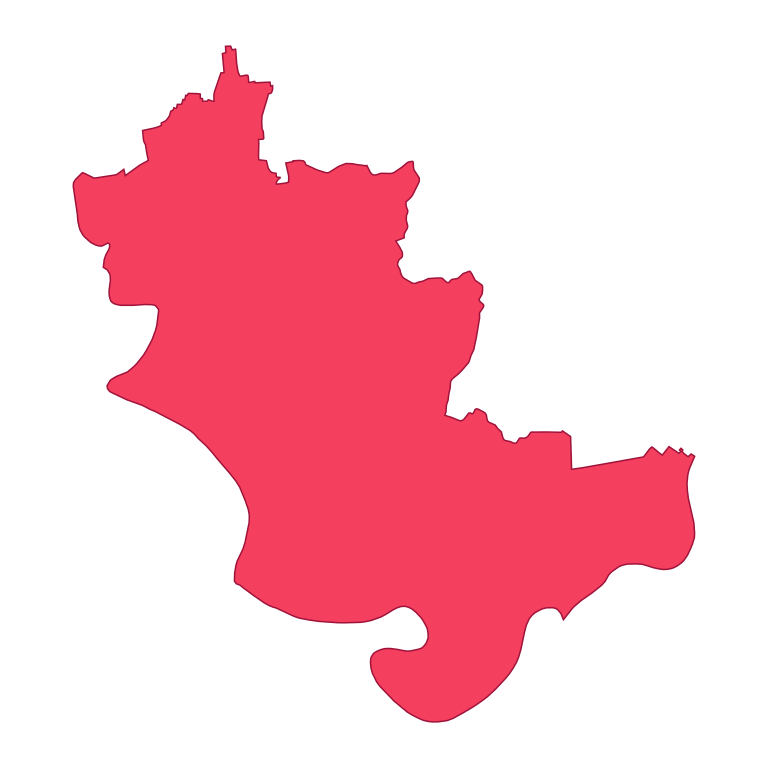 the district of Y Yen, Nam Định, Vietnam
{"feature_id": "81297802B2331859269186", "entity_name": "Y Yen", "entity_type": "district", "adm_level": 2, "iso_a3": "VNM", "parent_name": "Vietnam", "parent_adm1": "Nam Định", "projection": "orthographic", "projection_center": [106.033, 20.329], "detail": "fine", "context": "isolated", "style": "filled", "palette": "rose", "viewbox_px": 768, "rotation_deg": 0, "n_neighbors": 0, "source": "geoboundaries", "source_scale": "gbopen_adm2", "svg_char_len": 6068}
<svg xmlns="http://www.w3.org/2000/svg" viewBox="0 0 768 768"><path d="M235.7,49.6L235.4,49.1L232.3,50.0L230.6,46.1L225.5,46.3L225.9,52.6L222.4,53.6L224.1,72.6L220.9,72.9L214.5,91.7L213.9,95.1L214.0,101.3L212.2,101.1L208.7,99.8L207.9,100.1L207.4,101.2L202.7,101.2L202.5,98.6L200.3,98.4L200.3,94.1L200.0,93.9L196.6,93.6L188.4,93.4L187.0,95.6L185.7,95.3L184.8,99.8L183.0,99.4L181.7,104.0L181.2,104.3L177.3,104.4L176.7,107.7L176.2,108.2L175.6,108.3L173.9,107.7L173.1,110.1L170.8,111.2L169.5,115.8L168.1,117.9L165.8,120.7L161.2,123.1L161.4,125.4L157.8,127.0L153.9,128.1L142.6,130.5L143.4,139.3L144.0,141.9L145.5,144.8L146.8,153.3L148.3,160.4L139.5,165.3L125.3,175.6L123.8,169.3L116.8,174.5L114.9,175.0L95.4,178.0L93.6,177.9L84.8,173.5L82.7,172.7L81.9,173.1L75.8,179.2L73.7,182.2L73.4,183.9L73.3,186.7L77.3,214.0L77.9,221.3L79.2,227.0L80.1,230.0L82.6,234.5L84.5,236.9L89.6,241.5L91.1,242.7L95.6,245.0L99.7,246.1L102.0,246.0L107.6,243.2L109.0,243.4L109.6,244.5L109.6,247.1L108.7,249.6L105.8,254.9L104.2,259.7L103.3,267.4L107.3,269.9L109.7,273.9L110.2,275.9L110.4,280.3L109.1,290.2L109.1,293.7L109.3,296.1L110.0,298.8L111.0,301.3L112.5,302.7L114.4,303.8L117.4,304.7L120.6,305.3L133.2,305.3L144.9,304.5L152.0,304.7L154.5,305.2L156.0,306.2L158.1,308.7L158.5,309.9L158.6,311.1L156.8,325.4L155.3,331.0L151.9,340.1L146.5,350.2L143.5,355.1L136.7,363.7L133.4,367.0L127.4,372.0L116.5,376.4L113.0,378.4L110.3,380.3L107.1,385.6L107.4,388.1L108.0,389.4L109.7,391.5L111.7,392.6L126.9,399.8L142.2,405.3L150.6,409.6L155.2,411.5L179.2,424.0L190.0,430.4L194.0,433.7L198.5,438.7L206.1,445.7L212.2,452.5L217.7,459.3L229.5,473.0L235.9,481.1L239.7,487.2L245.1,500.2L248.1,508.8L249.2,514.3L249.3,517.6L249.1,522.6L245.1,542.2L242.9,549.1L237.3,560.8L236.0,565.1L234.7,572.8L234.4,581.1L236.2,583.7L239.7,585.0L243.7,588.2L254.6,596.2L264.3,602.9L268.7,605.3L272.6,607.0L276.4,608.1L292.8,615.8L296.2,617.1L299.6,618.2L309.7,620.1L319.1,621.4L337.5,622.7L343.7,622.8L355.3,622.5L360.9,622.3L365.9,621.6L371.4,620.4L381.1,616.9L385.7,614.4L393.3,609.7L397.1,607.8L401.1,606.5L404.9,606.3L408.5,607.2L412.1,609.1L415.9,612.2L420.9,617.5L423.1,620.7L425.8,625.5L427.3,628.8L428.0,633.1L428.2,637.6L426.5,642.5L424.6,645.3L422.0,647.9L418.5,649.2L410.7,650.9L407.6,651.1L404.6,650.8L397.3,649.4L390.5,648.5L387.4,648.5L384.2,648.7L380.6,649.7L376.8,651.3L374.2,652.9L373.1,654.0L371.1,657.3L370.7,659.0L370.5,662.9L370.9,667.4L371.6,670.4L372.4,673.2L376.8,682.2L380.1,686.5L394.1,701.1L407.2,712.0L411.9,714.9L417.2,717.6L422.5,720.0L425.7,720.9L429.1,721.6L432.9,721.9L438.4,721.8L447.2,720.6L453.0,718.4L463.2,712.8L473.4,706.7L480.9,701.6L487.2,696.9L495.7,689.0L505.5,678.5L510.0,672.9L513.3,667.9L516.3,662.7L518.5,657.5L520.9,649.4L524.4,632.7L526.2,625.5L529.2,618.8L532.1,615.2L535.3,612.5L538.7,610.6L542.8,608.7L546.6,607.8L552.6,607.7L555.3,608.3L557.6,609.5L561.0,613.6L563.4,619.7L572.2,608.6L574.4,606.3L581.3,600.4L592.2,592.8L601.7,585.2L605.1,581.4L608.4,575.4L610.0,573.4L611.8,571.7L618.7,566.8L622.2,565.3L627.1,564.1L636.3,563.9L641.4,564.2L644.2,564.8L653.4,567.7L658.8,568.9L663.7,569.5L667.1,569.3L670.3,568.8L673.5,567.8L676.9,566.1L681.4,562.9L683.8,560.6L687.5,555.2L690.9,547.9L692.6,543.6L694.4,537.6L694.6,533.0L693.9,522.9L688.4,498.6L687.4,490.9L687.0,483.8L687.7,475.6L688.6,471.4L689.8,467.7L694.7,456.3L691.1,454.0L688.1,456.7L684.1,453.7L682.1,451.4L682.8,449.9L681.0,448.3L679.4,450.0L680.9,451.4L678.9,453.3L669.0,446.6L662.3,455.1L659.3,453.0L653.1,447.7L651.7,447.0L649.4,449.2L643.6,456.9L582.1,467.8L571.6,469.3L570.6,436.6L562.5,430.9L561.3,432.3L546.9,432.0L531.3,432.1L530.5,432.6L527.6,436.8L524.6,438.2L520.4,438.0L519.5,438.2L516.6,442.7L515.7,443.2L514.8,443.2L512.9,442.8L510.1,441.5L505.5,440.6L504.1,439.9L502.8,437.6L501.5,432.3L500.9,431.4L497.7,428.5L495.2,425.0L488.8,422.2L487.8,421.1L487.1,419.4L486.3,414.8L485.2,413.1L483.5,411.9L478.1,409.1L476.5,408.8L475.1,409.5L473.8,412.3L472.6,413.8L472.0,413.8L470.2,412.9L468.7,413.1L464.3,418.8L463.0,419.9L461.2,420.8L459.1,420.5L452.5,417.8L444.9,415.3L446.0,411.7L446.5,404.8L448.1,400.1L448.8,394.1L450.2,387.8L450.6,381.6L452.2,379.0L458.3,374.0L461.9,370.4L468.5,362.7L469.3,360.9L471.0,355.5L473.8,349.6L476.4,337.1L479.6,317.9L479.5,312.9L483.0,307.8L483.7,306.2L483.6,305.1L483.2,304.3L480.3,301.9L478.9,299.8L482.1,294.1L482.6,290.7L482.6,286.9L482.2,285.5L481.6,284.8L475.2,280.3L471.9,274.0L470.5,271.8L469.5,271.2L463.1,273.6L457.9,278.4L451.7,279.5L450.5,280.5L449.1,282.3L448.0,282.7L446.4,282.1L442.3,278.3L440.4,278.0L437.2,278.0L428.3,278.6L422.8,281.2L418.7,282.0L415.7,283.3L413.0,283.4L412.1,283.0L404.5,278.6L403.1,277.5L401.8,275.8L400.5,272.4L399.9,269.5L397.8,265.7L397.6,264.7L397.8,262.7L398.6,260.6L399.5,259.3L401.2,258.0L402.3,256.7L402.5,255.0L402.4,253.2L402.1,251.9L399.7,247.2L395.8,241.0L404.2,237.8L404.1,235.1L404.5,233.3L407.4,228.2L407.7,225.9L406.4,220.8L406.3,218.5L406.5,215.4L407.5,213.1L407.8,210.7L406.2,206.2L405.9,202.1L410.6,197.7L412.7,194.9L418.7,182.8L419.3,180.9L419.3,178.0L414.0,169.9L413.5,167.3L413.2,162.0L412.5,161.4L411.8,161.4L409.3,161.8L407.5,162.5L401.6,167.4L394.7,172.1L392.7,173.1L390.6,173.5L381.4,173.3L379.1,173.8L376.7,174.8L373.8,175.1L372.0,174.2L370.4,172.5L366.9,165.5L366.3,165.8L357.0,164.6L352.1,163.7L346.0,163.5L338.6,166.4L329.4,172.2L328.2,172.7L326.9,172.8L324.9,172.4L317.3,170.0L305.9,164.8L304.8,162.1L304.1,161.3L303.3,160.8L299.4,160.4L293.0,160.8L292.9,161.7L285.8,163.0L288.7,176.1L288.6,182.2L284.8,183.2L276.5,184.2L276.4,182.7L276.8,181.3L278.5,179.2L280.0,178.2L280.1,177.4L278.0,177.2L276.9,177.0L276.3,176.5L276.1,173.3L272.4,172.7L270.5,171.6L268.2,168.1L266.4,160.7L258.8,159.8L258.5,156.4L258.8,142.7L258.5,139.5L263.0,139.2L263.8,138.3L263.3,131.5L262.1,129.1L261.7,122.4L262.0,116.0L267.8,96.6L268.2,94.5L268.6,93.9L270.9,93.2L271.7,92.3L272.6,89.5L272.6,85.6L270.7,86.1L270.0,82.1L255.0,82.8L254.8,81.5L253.9,81.5L250.7,82.3L248.7,82.3L248.3,76.8L247.8,75.4L246.4,75.1L241.4,76.1L239.7,75.8L238.2,72.2L237.4,68.2L236.6,62.8L235.7,49.6Z" fill="#f43f5e" stroke="#9f1239" stroke-width="1.5"/></svg>